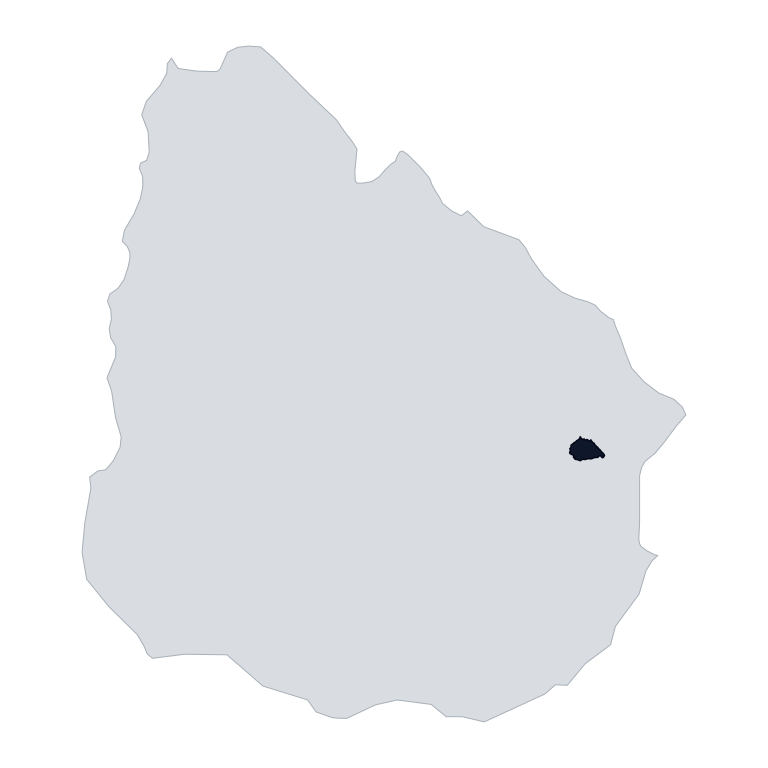 Vergara, Treinta y Tres, Uruguay (highlighted)
{"feature_id": "84410073B11484829939635", "entity_name": "Vergara", "entity_type": "district", "adm_level": 2, "iso_a3": "URY", "parent_name": "Uruguay", "parent_adm1": "Treinta y Tres", "projection": "natural_earth1", "projection_center": [-54.003, -32.979], "detail": "fine", "context": "in_parent", "style": "filled", "palette": "ink", "viewbox_px": 768, "rotation_deg": 0, "n_neighbors": 0, "source": "geoboundaries", "source_scale": "gbopen_adm2", "svg_char_len": 2958}
<svg xmlns="http://www.w3.org/2000/svg" viewBox="0 0 768 768"><path d="M657.7,555.5L652.2,560.7L646.1,570.5L639.1,594.0L615.4,626.4L610.6,644.7L585.1,663.8L567.2,685.3L555.4,684.8L544.9,694.0L484.2,721.9L462.4,716.7L446.2,716.7L431.2,704.4L396.9,700.0L375.4,704.9L346.7,718.4L338.0,718.2L331.7,717.5L316.1,711.9L307.5,699.9L263.0,686.1L227.0,654.8L184.8,654.2L152.5,658.3L147.4,654.1L144.0,646.1L137.2,634.5L109.0,606.8L86.7,579.3L82.1,552.3L84.8,522.9L90.9,488.1L89.6,477.2L97.7,471.0L105.7,469.8L113.3,460.8L120.1,447.2L121.2,436.9L115.6,417.8L111.6,391.1L107.0,377.8L115.6,356.9L115.9,346.7L110.6,337.7L109.2,328.5L111.4,319.1L110.8,310.0L107.5,301.2L109.9,294.0L118.0,288.3L124.0,279.6L127.9,267.8L129.9,258.8L129.9,252.5L127.4,246.7L122.3,241.2L124.5,230.2L134.1,213.8L140.2,199.2L142.9,186.5L142.6,176.2L139.3,168.4L140.6,163.1L146.6,160.4L149.2,152.1L148.1,131.6L141.7,114.7L146.4,101.2L159.8,85.7L166.8,73.2L167.3,63.7L171.5,58.2L178.1,68.5L197.5,71.2L216.9,71.6L220.1,69.0L227.6,52.1L237.6,47.3L248.6,46.1L260.6,46.9L273.5,58.1L309.8,94.6L336.5,119.9L344.6,131.8L351.7,140.8L357.0,149.1L354.9,170.8L355.2,180.3L356.5,183.0L362.5,183.2L371.5,181.6L379.0,177.0L384.9,170.1L390.6,164.4L395.3,161.4L397.0,156.8L399.6,152.0L402.4,151.0L407.6,154.5L420.1,166.9L429.7,178.4L432.0,184.9L435.8,191.7L439.7,197.7L442.5,203.5L451.8,211.0L461.3,215.8L467.6,210.9L483.7,226.7L519.0,239.8L525.5,247.8L531.6,259.1L543.9,276.2L561.0,291.6L574.8,298.1L587.9,301.8L595.3,305.2L600.4,311.1L608.4,317.4L613.5,319.8L615.2,325.5L620.4,337.9L625.8,353.6L631.7,368.2L644.5,382.2L658.9,393.1L673.9,399.3L682.3,407.0L685.9,414.9L675.8,426.7L664.8,441.5L655.1,453.2L645.1,461.3L641.8,466.9L639.6,475.6L639.6,521.7L638.8,538.8L639.5,543.4L640.9,546.4L647.2,551.0L654.7,554.8L657.7,555.5Z" fill="#d9dde1" stroke="#a8b0b8" stroke-width="1"/><path d="M602.7,457.7L602.9,457.2L603.5,457.2L604.5,455.6L604.3,454.9L603.4,453.6L602.3,452.5L600.6,450.8L600.4,450.2L598.3,448.4L597.9,447.5L596.7,446.6L595.9,445.7L595.3,445.3L594.6,444.4L594.3,443.4L592.8,442.6L592.1,441.7L591.6,441.2L591.1,440.1L590.7,440.0L590.1,440.6L589.2,441.1L588.6,441.0L587.7,439.7L587.1,439.5L586.3,439.8L585.5,440.0L584.9,439.9L584.3,439.2L584.0,438.9L583.4,439.3L583.1,439.6L582.3,439.2L581.7,438.7L581.2,438.5L580.9,437.8L580.7,437.3L580.2,436.9L580.0,437.3L579.8,438.2L579.2,438.9L578.0,440.0L576.7,440.7L575.6,441.9L574.5,442.4L573.1,443.6L571.0,445.3L571.1,446.8L570.7,447.7L569.9,448.6L569.9,449.1L570.3,449.9L570.3,451.3L569.6,452.2L569.9,453.5L571.4,454.4L572.5,454.9L573.3,454.8L573.6,455.2L573.8,456.0L573.4,457.0L573.6,457.6L573.9,457.8L574.7,458.1L574.8,458.9L575.4,459.4L577.2,459.6L578.2,459.9L579.0,460.3L580.5,460.7L581.8,459.7L582.6,459.2L583.6,459.4L585.1,459.5L588.3,458.6L590.1,458.8L591.5,458.8L595.0,457.4L596.7,457.5L597.8,457.3L598.8,456.4L599.2,455.8L600.0,455.6L600.5,455.6L600.7,455.9L601.3,456.7L602.0,457.4L602.7,457.7Z" fill="#0f172a" stroke="#020617" stroke-width="1.5"/></svg>